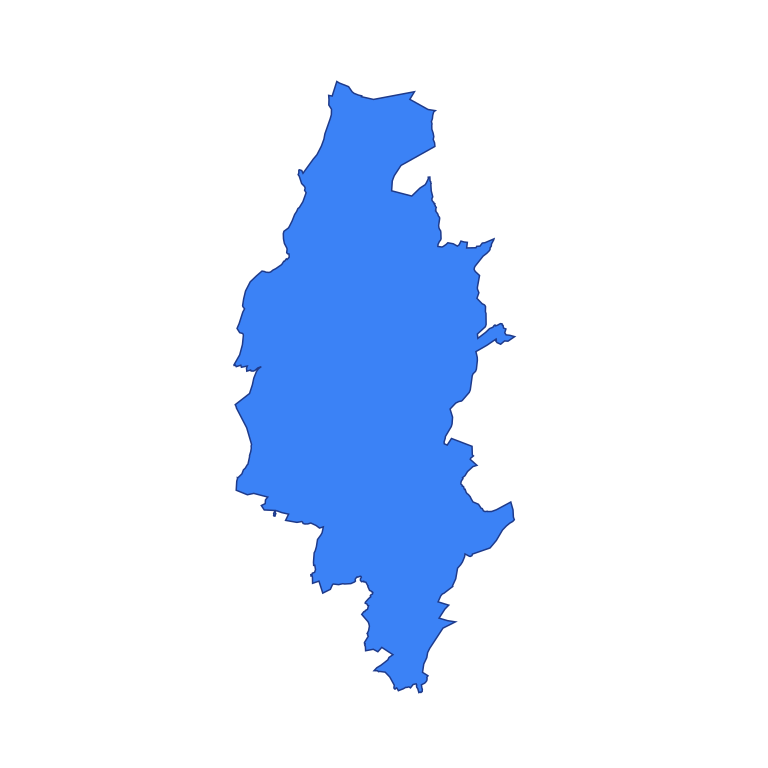 outline of Spring, Alba, Romania, rotated 330°
{"feature_id": "2599482B41235852327499", "entity_name": "Spring", "entity_type": "district", "adm_level": 2, "iso_a3": "ROU", "parent_name": "Romania", "parent_adm1": "Alba", "projection": "robinson", "projection_center": [23.751, 45.977], "detail": "fine", "context": "isolated", "style": "filled", "palette": "blue", "viewbox_px": 768, "rotation_deg": 330, "n_neighbors": 0, "source": "geoboundaries", "source_scale": "gbopen_adm2", "svg_char_len": 6170}
<svg xmlns="http://www.w3.org/2000/svg" viewBox="0 0 768 768"><g transform="rotate(330 384 384)"><path d="M326.9,625.7L320.7,620.7L314.6,614.3L324.2,609.4L329.5,607.9L321.9,599.7L327.3,595.8L329.6,595.0L331.3,595.2L342.4,593.7L342.6,592.9L348.7,588.6L355.6,580.3L360.1,578.8L363.0,577.3L367.3,574.0L369.2,571.7L371.8,575.9L372.6,576.5L374.4,576.6L375.5,575.5L393.9,579.0L403.0,575.7L413.6,569.7L419.1,568.1L423.4,567.4L426.8,567.4L429.0,566.7L429.5,564.0L432.8,557.5L434.8,549.6L418.5,549.1L413.4,548.2L410.0,546.3L409.9,545.9L407.7,545.0L406.7,543.6L406.8,541.0L406.0,540.2L405.7,535.4L402.1,530.6L402.1,526.7L402.3,524.8L401.8,521.9L401.1,520.4L401.0,518.8L401.6,515.7L401.0,515.5L401.0,515.0L401.6,512.5L400.7,511.7L401.1,510.8L400.6,509.0L400.9,508.4L402.3,506.8L405.1,505.4L405.1,504.4L408.3,503.9L412.5,501.6L419.7,500.0L423.8,500.9L421.0,492.4L421.9,491.6L425.5,491.0L425.0,489.6L429.1,482.0L415.2,464.9L408.2,468.5L406.3,465.9L407.1,464.2L409.9,461.6L410.9,460.2L421.0,454.5L423.0,452.6L426.8,447.0L428.7,438.7L436.6,436.4L440.0,436.6L442.6,437.5L443.8,437.3L453.6,433.9L455.8,432.2L464.6,420.9L466.2,419.7L469.6,418.8L471.4,417.4L476.7,410.2L478.1,407.5L479.8,401.9L492.8,401.9L503.6,401.1L503.2,402.3L502.3,402.4L502.6,404.7L504.9,407.9L509.9,407.0L512.8,408.9L520.8,408.3L517.4,404.8L514.3,402.5L514.2,400.0L517.1,397.3L515.5,395.3L516.4,392.8L515.9,392.4L516.3,390.9L515.0,389.9L511.2,389.8L509.5,389.3L509.6,388.4L508.6,388.4L506.6,389.3L503.1,388.8L497.9,390.1L488.1,391.4L489.9,387.4L500.4,385.1L502.2,383.5L507.6,373.9L507.9,372.2L510.6,367.8L510.7,366.6L510.5,365.6L509.1,363.5L507.3,356.3L511.8,352.4L512.4,348.4L513.2,347.0L521.0,337.8L519.3,332.2L519.3,329.9L520.5,328.4L521.9,327.5L533.8,322.8L538.4,322.2L541.9,321.2L543.0,320.6L544.0,319.1L545.8,318.3L547.1,316.5L551.1,314.0L551.8,313.3L542.1,312.1L539.6,311.1L536.0,312.6L533.1,311.1L531.8,312.0L523.6,307.5L527.0,303.0L524.3,301.0L522.1,298.7L518.7,301.0L516.5,301.3L514.1,297.2L509.9,293.6L507.6,294.2L503.8,294.5L502.6,294.3L499.4,291.8L500.5,290.2L502.9,288.5L505.2,287.5L506.1,286.6L509.2,280.8L509.7,279.2L509.4,278.2L509.7,276.1L510.6,274.0L514.9,268.6L515.4,267.4L515.1,265.6L515.6,263.7L515.2,259.8L516.0,259.4L516.1,258.5L517.6,257.2L517.3,255.5L517.7,254.9L517.5,253.6L518.2,253.2L517.6,252.1L517.9,251.4L517.5,250.7L517.4,249.0L518.1,247.5L519.8,246.3L521.5,240.3L524.4,234.5L525.1,233.9L525.0,233.3L525.6,232.3L525.4,231.2L527.2,227.7L525.7,227.0L525.0,228.4L521.2,231.0L519.3,232.0L513.1,232.3L502.0,235.1L487.2,220.5L492.7,212.3L495.2,210.2L497.1,208.7L508.0,203.2L546.9,203.7L548.4,200.4L548.9,196.8L550.8,194.7L552.0,191.3L552.8,187.3L554.8,183.7L555.6,182.8L556.3,180.4L558.5,178.5L560.7,175.5L563.1,173.2L565.1,172.9L559.4,168.3L548.7,150.4L556.5,146.1L517.2,132.3L508.1,123.9L508.8,123.3L506.4,121.1L503.4,117.3L502.5,115.0L502.0,108.8L495.8,101.0L494.4,98.4L483.1,108.7L480.4,106.4L478.6,110.1L475.7,114.8L475.9,119.8L473.1,124.4L469.9,127.5L457.9,137.8L454.4,141.9L448.8,146.6L440.6,151.9L435.1,153.9L419.2,161.0L419.5,158.0L417.9,156.2L417.2,156.2L415.7,158.7L414.3,159.8L414.5,161.6L412.9,169.2L413.9,173.2L413.7,174.9L412.1,176.5L412.2,179.4L404.9,185.6L399.0,188.8L397.2,189.0L394.6,190.9L391.4,192.5L385.9,196.9L380.7,200.3L379.2,201.1L373.7,201.7L372.0,203.4L369.5,208.1L368.0,212.5L367.8,217.8L367.4,218.9L365.4,221.6L365.6,223.0L366.7,223.9L365.3,226.8L362.4,227.7L362.0,226.8L359.1,228.0L358.6,227.6L355.1,229.4L347.8,230.0L344.8,229.8L341.9,230.3L340.2,229.9L337.6,228.1L336.8,226.9L334.8,225.2L327.6,226.6L319.3,228.6L310.6,234.2L305.1,240.0L300.7,245.5L300.5,246.4L300.8,249.2L297.7,251.1L288.8,259.2L284.5,262.4L284.7,267.4L286.8,269.5L286.9,270.6L286.5,271.6L281.1,279.1L273.6,286.6L263.5,292.5L263.5,293.1L264.7,293.3L264.7,295.1L269.4,296.1L268.9,298.2L274.6,300.1L272.8,301.6L271.6,304.3L275.5,305.2L275.4,306.3L277.6,307.6L279.1,307.7L282.7,307.0L286.4,307.6L283.0,308.0L279.8,309.4L274.2,313.8L269.6,318.9L262.8,325.0L244.8,327.5L244.6,330.3L244.2,330.7L243.2,353.3L239.1,370.1L237.9,371.3L237.0,373.2L234.8,375.9L231.8,378.7L231.1,379.9L226.1,385.4L225.0,385.7L221.8,387.5L219.3,388.1L216.0,390.8L210.5,392.2L210.2,391.8L209.7,392.8L207.9,394.5L202.9,402.1L210.3,411.6L216.5,413.6L226.8,423.8L223.4,425.1L221.3,428.2L217.0,427.9L217.3,433.2L226.5,439.1L223.7,440.9L223.1,442.5L222.6,442.8L222.7,443.3L223.5,443.9L225.6,442.0L225.3,441.0L226.7,439.5L228.1,440.6L231.2,444.3L236.3,449.0L230.6,452.9L239.4,460.3L244.0,462.0L244.4,463.0L244.2,464.3L245.4,465.6L248.1,467.1L251.1,467.8L254.4,472.5L256.1,476.5L260.0,477.4L256.1,481.8L253.8,483.2L248.7,485.4L244.1,491.1L241.0,494.1L239.1,495.3L233.8,503.1L232.4,505.9L233.4,506.3L231.9,510.5L229.7,512.4L227.4,512.0L226.8,512.7L225.3,512.5L224.8,513.8L225.8,514.1L225.4,515.6L222.5,520.9L229.1,522.2L226.4,534.5L234.9,535.0L238.6,532.3L240.0,531.8L244.4,535.1L248.4,536.3L249.9,537.5L255.5,540.3L259.6,540.7L260.7,540.4L261.2,539.0L262.0,538.3L264.3,537.6L264.6,538.1L267.3,538.6L267.8,539.1L267.8,540.0L266.1,541.0L265.4,542.2L265.7,544.0L267.8,544.7L267.6,545.3L269.2,546.6L269.1,550.3L269.3,550.6L268.7,551.4L268.3,555.6L269.2,556.5L269.3,557.7L269.8,557.9L270.1,558.9L269.0,560.1L267.0,560.1L266.2,560.6L266.1,561.7L263.5,562.1L258.7,563.7L258.1,564.4L259.3,566.1L259.1,567.6L259.8,568.2L257.0,570.9L254.6,570.8L253.6,571.5L252.7,571.1L249.5,572.4L251.3,581.9L251.1,583.7L250.3,586.4L247.2,590.0L244.6,591.7L245.0,592.2L244.3,593.2L244.3,594.6L237.8,598.1L237.2,599.4L237.7,599.7L236.6,601.0L236.7,601.9L234.7,605.8L242.1,608.4L244.8,612.8L250.4,611.0L256.4,622.9L251.6,623.3L249.4,624.8L240.9,626.0L236.0,626.1L232.1,627.3L235.0,629.1L235.4,630.4L236.6,630.8L240.9,634.1L242.5,640.6L242.3,649.9L240.6,652.2L240.7,653.4L241.4,653.8L242.7,653.3L243.2,654.0L243.1,656.8L248.3,657.6L251.3,657.6L252.0,658.2L254.1,658.7L255.0,660.4L259.0,658.8L261.9,659.7L261.8,661.2L261.2,661.6L260.7,663.1L260.9,664.7L259.9,668.7L261.4,668.9L261.7,669.6L263.3,669.4L264.6,667.5L264.8,666.2L266.0,663.2L269.7,663.4L271.1,663.0L272.7,662.3L273.9,660.9L274.4,659.5L276.2,658.7L273.2,653.0L278.4,646.4L284.2,642.4L287.5,638.4L291.4,635.8L313.0,624.9L326.9,625.7Z" fill="#3b82f6" stroke="#1e3a8a" stroke-width="1.5"/></g></svg>